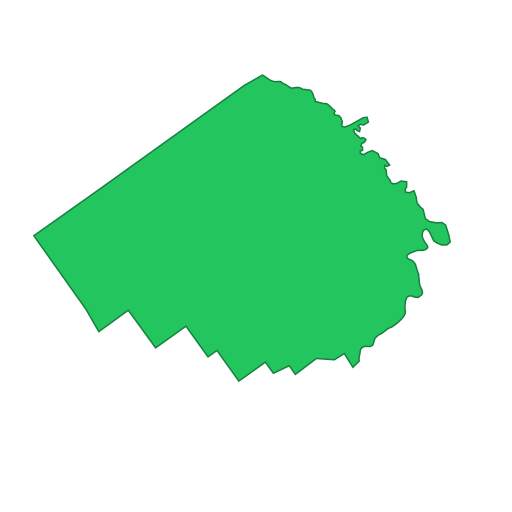 the district of Clarion, Pennsylvania, United States of America, rotated 234°
{"feature_id": "52423323B69998039622942", "entity_name": "Clarion", "entity_type": "district", "adm_level": 2, "iso_a3": "USA", "parent_name": "United States of America", "parent_adm1": "Pennsylvania", "projection": "robinson", "projection_center": [-79.501, 41.202], "detail": "fine", "context": "isolated", "style": "filled", "palette": "green", "viewbox_px": 512, "rotation_deg": 234, "n_neighbors": 0, "source": "geoboundaries", "source_scale": "gbopen_adm2", "svg_char_len": 3192}
<svg xmlns="http://www.w3.org/2000/svg" viewBox="0 0 512 512"><g transform="rotate(234 256 256)"><path d="M112.9,279.3L113.5,280.0L115.8,282.5L117.9,284.5L118.9,285.7L119.5,287.2L119.2,290.0L118.9,290.8L118.5,291.5L117.1,293.3L116.1,294.6L115.6,295.3L115.3,297.9L116.1,299.5L117.4,301.0L117.9,301.8L118.7,302.6L119.2,303.5L119.6,304.5L120.1,308.6L119.5,311.8L119.5,315.0L119.7,319.5L119.2,322.3L118.7,324.6L118.7,326.9L118.7,328.4L118.6,329.7L119.1,334.4L119.5,337.0L120.2,339.4L121.0,341.3L121.4,342.2L122.2,343.3L123.4,344.4L124.6,344.8L126.3,345.9L129.0,347.9L130.0,349.1L131.4,350.2L132.2,351.1L132.5,351.7L133.0,352.4L133.4,353.1L133.9,354.1L133.7,356.3L132.6,358.0L129.1,360.6L127.5,362.4L127.1,363.1L127.2,366.9L127.6,368.2L128.8,369.4L129.6,369.8L130.7,370.2L132.0,370.5L133.5,370.8L134.7,370.9L136.2,371.4L137.3,371.9L140.0,373.5L142.1,374.7L143.8,375.5L145.5,376.9L147.2,377.2L148.7,377.7L150.5,378.2L151.2,378.5L152.3,378.9L152.8,379.1L155.0,379.9L157.2,380.2L160.6,379.7L162.3,378.7L163.6,377.7L165.5,377.2L167.3,378.1L167.8,379.0L167.8,381.6L167.4,383.6L167.2,384.6L166.9,385.6L166.0,388.7L165.6,389.7L165.3,390.2L165.1,390.7L164.2,391.8L163.5,393.0L162.9,393.7L162.1,395.0L161.5,397.5L161.7,399.5L162.4,400.3L164.0,400.7L168.4,400.7L171.3,401.2L173.4,401.7L174.5,402.2L176.9,404.3L178.4,406.7L177.5,410.1L173.6,410.5L163.8,408.7L160.6,409.9L158.6,411.0L155.7,412.8L152.7,417.1L153.2,421.4L160.5,424.6L169.5,427.6L173.7,426.2L176.6,421.6L182.1,416.4L186.8,415.0L195.5,418.6L199.0,417.7L204.3,417.5L209.5,420.2L215.9,422.2L217.0,417.4L219.7,414.5L222.2,415.9L223.4,418.5L227.5,421.5L231.4,417.4L231.9,412.7L233.5,409.6L236.0,408.2L238.4,408.9L244.1,408.9L249.5,412.0L251.7,411.6L253.6,413.6L251.5,414.6L251.0,417.6L253.9,417.5L258.1,417.4L262.7,413.8L267.2,414.9L272.9,412.1L274.2,407.5L274.8,402.6L277.6,400.7L279.7,402.1L278.8,404.3L281.5,406.1L283.2,405.6L285.0,407.8L284.2,410.2L285.4,413.3L287.3,413.1L289.2,411.5L289.7,409.6L292.4,409.1L297.3,408.1L300.9,409.1L300.1,411.6L298.3,411.4L295.8,412.9L298.2,415.6L300.0,415.3L301.3,415.2L301.2,417.7L298.7,420.1L298.3,425.7L303.0,427.4L304.8,424.1L305.4,419.4L306.6,408.9L308.1,403.8L309.3,402.5L310.4,401.9L311.9,402.4L312.5,403.4L313.8,404.7L317.8,405.9L321.1,405.5L322.4,403.9L323.3,403.1L324.2,402.8L325.6,403.0L326.0,403.8L326.4,404.9L328.0,405.1L329.2,404.5L332.1,404.1L334.7,403.6L336.3,403.2L337.8,402.6L338.5,401.8L338.8,401.3L340.2,399.7L342.3,398.0L345.0,395.9L345.5,395.0L346.5,394.8L348.0,396.0L350.5,396.0L351.8,396.7L353.9,397.3L356.1,397.7L358.0,397.5L359.4,396.3L360.7,394.7L362.2,393.3L362.7,392.2L364.7,391.2L365.8,390.7L367.4,389.4L368.8,387.4L369.7,385.5L370.1,384.8L370.6,384.1L370.8,383.6L371.7,382.8L373.2,382.3L374.7,381.6L376.6,381.0L377.6,380.6L378.9,379.7L380.7,378.9L382.3,378.7L383.6,377.4L383.9,376.8L384.2,376.3L385.2,374.8L385.7,373.9L387.9,372.0L390.4,370.6L397.2,368.2L398.6,367.5L400.9,346.8L402.1,160.9L403.0,88.2L312.8,87.1L287.2,84.4L287.2,120.8L240.7,120.8L240.4,158.1L202.6,157.9L202.5,168.9L164.9,168.6L164.6,201.2L150.9,201.1L147.7,218.4L137.1,218.3L137.6,244.6L126.0,258.4L125.2,270.1L109.0,269.0L110.3,277.7L112.9,279.3Z" fill="#22c55e" stroke="#15803d" stroke-width="1.5"/></g></svg>